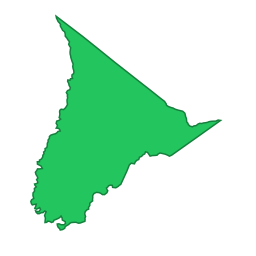 outline of Araguainha, Mato Grosso, Brazil, rotated 94°
{"feature_id": "56859067B18780861461560", "entity_name": "Araguainha", "entity_type": "district", "adm_level": 2, "iso_a3": "BRA", "parent_name": "Brazil", "parent_adm1": "Mato Grosso", "projection": "robinson", "projection_center": [-53.085, -16.703], "detail": "fine", "context": "isolated", "style": "filled", "palette": "green", "viewbox_px": 256, "rotation_deg": 94, "n_neighbors": 0, "source": "geoboundaries", "source_scale": "gbopen_adm2", "svg_char_len": 3466}
<svg xmlns="http://www.w3.org/2000/svg" viewBox="0 0 256 256"><g transform="rotate(94 128 128)"><path d="M185.9,215.6L187.5,214.5L189.0,214.2L189.9,215.6L190.4,217.3L191.8,216.7L193.1,215.4L194.9,217.2L197.5,216.8L199.4,218.2L202.1,218.1L204.8,217.1L206.4,219.2L208.2,219.8L210.1,219.1L211.4,218.1L210.9,216.6L210.4,214.2L212.6,214.6L214.6,215.4L215.4,213.8L214.5,211.9L213.6,210.6L215.2,209.6L217.5,210.9L217.6,212.6L217.1,214.4L218.6,213.7L219.8,212.1L219.6,210.4L218.7,209.0L218.3,206.8L216.6,205.2L217.3,203.8L219.4,204.6L221.3,205.1L222.6,204.4L224.2,204.1L226.0,204.2L228.1,204.2L227.8,202.6L226.5,201.4L226.8,199.2L227.6,197.8L226.8,196.0L225.1,195.4L224.2,193.4L222.9,191.0L221.8,189.6L220.5,188.7L222.2,187.5L224.4,187.1L225.7,184.2L227.5,183.7L229.0,185.0L229.1,188.0L228.4,190.2L228.7,191.9L230.3,191.6L232.1,190.6L233.1,189.2L234.5,188.5L233.9,186.2L232.5,184.2L230.7,183.7L229.4,182.0L228.4,180.4L227.2,179.5L226.3,178.0L225.9,175.4L225.7,173.2L226.4,170.9L226.1,169.0L225.1,166.8L224.1,164.5L222.3,164.4L220.9,164.7L219.4,164.1L218.0,164.7L216.5,165.2L214.4,164.8L212.5,163.3L211.7,161.6L209.9,161.8L208.0,160.7L205.8,160.9L204.6,159.8L203.2,158.2L201.6,158.4L200.0,158.3L197.9,158.5L195.6,157.3L194.4,154.9L194.5,152.2L195.2,150.4L196.2,148.9L196.1,146.8L194.0,144.5L192.0,143.8L190.7,144.8L189.4,145.3L188.3,144.1L187.0,143.4L186.2,141.5L186.3,139.7L188.3,139.2L188.5,136.0L187.0,133.8L185.7,132.6L184.8,131.3L171.3,126.2L164.8,124.1L162.9,122.4L163.3,119.1L161.4,118.4L159.6,117.0L158.7,115.1L156.3,114.5L155.4,112.5L153.6,111.1L152.7,109.5L150.6,108.9L150.9,106.9L153.2,105.0L154.5,104.0L153.8,101.9L153.5,99.2L153.1,97.1L151.7,96.0L150.7,94.2L151.1,91.7L151.5,89.1L152.3,86.7L153.2,84.7L152.0,82.5L136.5,63.6L135.3,62.1L114.0,36.2L113.8,38.7L115.0,40.9L115.2,42.9L115.5,45.4L116.0,47.5L116.8,49.1L117.4,51.3L117.7,53.1L118.4,54.8L118.3,56.7L119.3,58.6L120.8,60.1L121.4,62.6L122.3,63.8L121.8,66.3L120.3,68.1L118.9,68.7L117.9,69.8L116.3,70.1L114.4,70.4L112.7,71.3L111.2,71.7L109.3,72.3L107.5,74.5L107.0,77.2L106.7,79.1L106.3,80.9L105.8,82.7L105.0,84.3L104.6,86.3L103.8,89.1L102.7,91.1L101.1,91.7L98.9,93.4L95.8,98.1L88.9,108.1L78.9,122.9L73.8,130.4L63.3,145.9L49.8,165.2L39.9,179.5L21.5,207.5L23.4,207.0L24.7,206.2L26.6,205.2L28.0,203.7L29.4,202.5L30.8,202.7L33.2,201.2L35.1,200.0L36.5,197.9L38.5,197.2L40.8,197.0L42.6,195.2L44.0,194.3L46.1,192.4L48.6,193.0L50.1,192.2L51.9,190.8L54.2,191.0L56.6,191.1L58.5,190.8L60.2,190.2L61.7,189.9L63.5,189.2L65.6,188.4L67.9,187.2L70.5,187.4L72.5,186.9L74.3,186.2L76.3,185.8L77.7,186.2L78.9,187.6L80.8,187.5L82.4,186.8L82.9,188.8L84.4,189.2L84.3,191.4L85.6,191.5L87.8,190.2L89.7,189.7L91.8,188.3L93.8,188.7L94.9,190.9L97.0,192.0L98.9,190.6L100.4,190.8L102.0,190.3L104.3,190.8L106.7,190.5L108.8,190.0L110.9,191.0L112.9,192.3L114.1,193.6L113.9,196.0L115.1,197.2L116.7,197.4L118.9,196.9L120.9,197.1L122.5,197.4L123.8,195.8L125.2,197.4L126.1,199.6L128.4,200.0L130.1,198.6L131.8,198.9L133.1,199.6L133.2,197.3L134.3,196.0L135.7,195.4L136.3,197.6L137.6,198.5L138.8,200.0L139.5,202.2L140.5,204.5L141.9,205.8L143.7,205.7L145.6,206.9L147.3,206.7L148.7,207.4L150.2,207.4L151.5,207.3L153.3,207.7L154.3,209.3L156.4,209.0L157.9,210.5L159.5,210.0L161.0,211.0L162.9,211.1L165.0,212.2L166.2,214.1L167.8,214.0L168.0,216.1L170.4,215.8L171.3,213.6L172.0,212.1L174.4,210.6L175.0,213.4L175.1,215.4L176.9,216.1L178.6,217.3L180.7,216.6L182.1,215.5L184.2,214.4L185.9,215.6Z" fill="#22c55e" stroke="#15803d" stroke-width="1.5"/></g></svg>